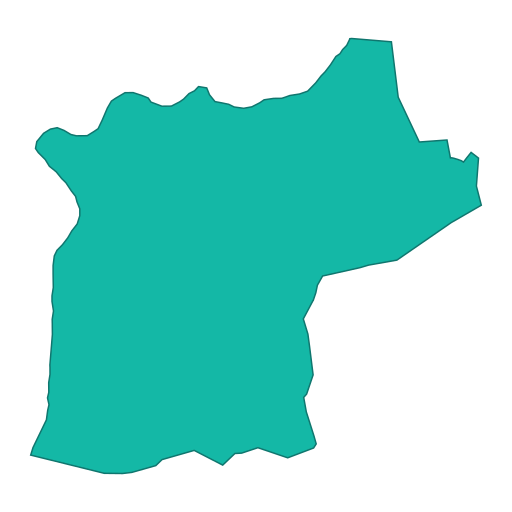 outline of Obot Akara, Akwa Ibom, Nigeria
{"feature_id": "59680162B95147302907135", "entity_name": "Obot Akara", "entity_type": "district", "adm_level": 2, "iso_a3": "NGA", "parent_name": "Nigeria", "parent_adm1": "Akwa Ibom", "projection": "albers", "projection_center": [7.605, 5.256], "detail": "fine", "context": "isolated", "style": "filled", "palette": "teal", "viewbox_px": 512, "rotation_deg": 0, "n_neighbors": 0, "source": "geoboundaries", "source_scale": "gbopen_adm2", "svg_char_len": 1821}
<svg xmlns="http://www.w3.org/2000/svg" viewBox="0 0 512 512"><path d="M313.6,448.0L316.2,443.9L313.9,435.8L306.3,411.9L303.7,397.4L306.6,394.1L313.1,374.9L309.5,346.0L307.9,334.1L303.3,318.9L312.9,300.8L313.2,300.5L315.8,292.8L317.4,285.2L322.6,276.0L360.2,267.6L368.6,265.1L396.9,260.1L451.2,222.6L481.3,205.2L476.4,186.1L478.5,158.1L471.1,152.4L466.7,157.9L463.5,162.1L461.3,160.7L458.0,159.5L453.7,158.2L451.6,157.8L450.4,157.9L447.0,140.0L419.3,142.0L398.2,97.2L391.4,41.8L351.6,38.5L349.8,38.7L349.4,39.9L346.7,45.4L342.6,49.6L340.0,53.7L335.9,56.5L333.1,60.8L330.5,64.8L325.1,71.8L321.1,75.9L315.7,82.9L311.7,87.0L307.6,91.2L299.5,94.0L289.9,95.5L285.4,97.1L281.8,98.3L273.6,98.4L264.1,99.8L260.0,102.6L259.9,102.7L251.9,106.8L243.7,108.3L238.7,107.6L234.2,107.0L228.7,104.3L221.9,102.9L215.0,101.6L209.5,94.8L206.7,87.9L198.8,86.6L198.5,86.6L194.5,90.8L189.0,93.6L183.6,99.1L179.6,101.9L171.4,106.1L161.9,106.2L151.0,102.1L148.2,98.0L141.4,95.3L133.1,92.6L125.0,92.7L115.5,98.3L111.4,101.1L107.4,108.0L102.1,120.4L101.5,121.6L98.1,128.7L94.0,131.5L87.2,135.7L76.3,135.8L70.9,134.5L64.0,130.4L57.2,127.7L50.4,129.1L43.6,133.3L36.8,141.6L35.5,148.5L38.3,152.6L45.2,159.5L47.3,162.9L49.4,166.3L56.2,171.8L61.7,178.6L65.9,182.7L71.4,191.0L75.6,196.4L77.0,201.9L79.8,208.8L79.8,215.7L77.2,224.0L71.8,230.9L67.8,237.8L64.1,242.6L62.4,244.8L57.0,250.3L54.3,255.9L53.1,265.5L53.1,273.8L53.2,280.7L53.3,287.6L52.0,295.8L52.0,301.4L53.5,311.0L52.2,319.3L52.3,324.1L52.3,326.2L52.4,334.4L49.9,365.0L50.0,367.5L50.0,374.4L48.7,382.7L48.8,392.3L47.5,397.9L49.0,404.7L47.7,410.3L46.4,419.9L33.0,447.6L30.7,455.1L86.9,469.0L104.2,473.3L122.5,473.5L131.8,472.4L155.8,465.6L162.0,459.6L194.2,450.4L222.7,465.1L234.9,453.5L241.7,453.1L257.9,447.7L287.7,457.8L313.6,448.0Z" fill="#14b8a6" stroke="#0f766e" stroke-width="1.5"/></svg>